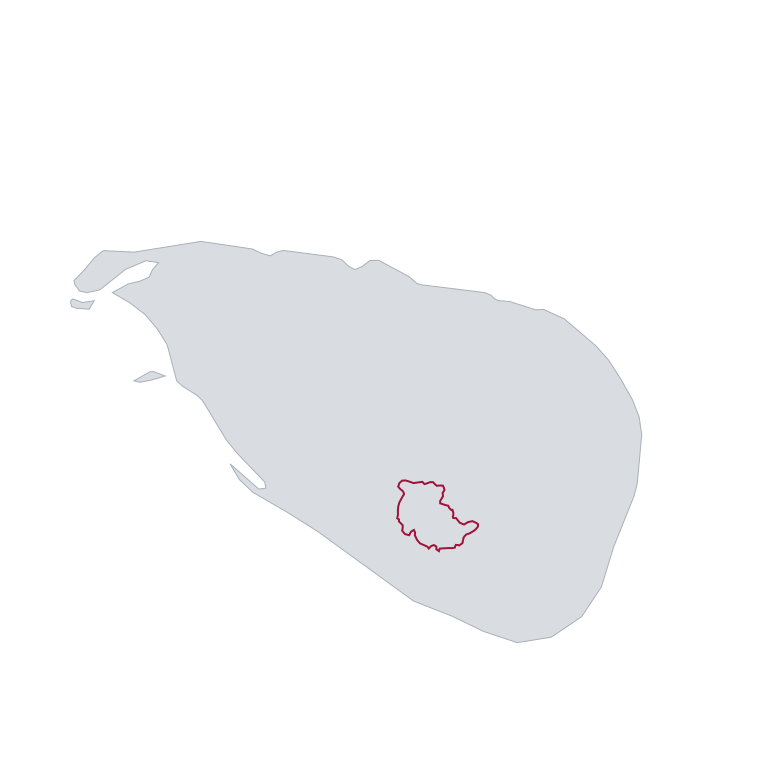 Kægalla highlighted on a map of Sri Lanka, rotated 311°
{"feature_id": "LKA-2469", "entity_name": "Kægalla", "entity_type": "District", "adm_level": 1, "iso_a3": "LKA", "parent_name": "Sri Lanka", "parent_adm1": "", "projection": "mercator", "projection_center": [80.358, 7.113], "detail": "fine", "context": "in_parent", "style": "outline", "palette": "rose", "viewbox_px": 768, "rotation_deg": 311, "n_neighbors": 0, "source": "natural_earth", "source_scale": "10m", "svg_char_len": 2391}
<svg xmlns="http://www.w3.org/2000/svg" viewBox="0 0 768 768"><g transform="rotate(311 384 384)"><path d="M258.6,82.2L273.5,83.0L289.4,82.6L300.5,84.7L319.6,108.9L371.4,152.2L399.6,196.2L402.2,205.8L406.1,214.1L412.9,216.4L418.6,220.2L446.8,262.6L450.1,271.0L449.6,280.2L451.3,287.1L458.6,290.5L467.8,292.3L473.8,298.7L481.5,332.5L481.5,343.0L483.6,347.5L519.1,400.1L521.2,406.5L520.8,411.3L521.8,415.4L528.7,424.7L539.4,449.7L544.9,455.4L551.4,477.2L551.8,519.0L549.4,537.6L542.8,560.2L534.9,582.3L526.4,598.3L514.8,611.8L474.9,640.5L463.5,646.2L411.7,664.2L373.4,681.2L338.1,685.8L302.8,676.4L276.1,654.1L262.5,621.2L253.2,587.0L239.6,548.8L229.2,430.9L224.2,397.9L216.2,355.9L217.0,337.6L222.7,320.1L222.6,358.5L227.9,363.2L231.8,358.3L235.4,318.6L238.3,301.8L252.4,258.0L252.7,250.2L250.2,233.7L250.4,225.4L271.4,194.6L276.8,176.7L279.7,158.4L278.5,138.6L274.7,119.0L291.7,125.3L301.1,132.1L310.6,136.7L318.3,134.3L327.7,134.2L321.0,123.6L301.2,113.8L268.5,107.7L258.2,100.0L254.3,93.2L256.3,85.3L258.6,82.2ZM242.0,201.7L246.5,213.6L233.7,205.4L225.3,198.7L222.3,193.2L239.7,199.3L242.0,201.7ZM256.7,110.7L247.0,112.4L239.3,102.0L237.5,97.6L239.5,94.5L241.6,92.9L244.1,93.4L247.7,103.1L256.7,110.7Z" fill="#d9dde1" stroke="#a8b0b8" stroke-width="1"/><path d="M307.0,544.8L304.6,542.9L302.7,540.5L296.3,534.0L293.9,535.1L293.8,533.5L293.6,532.0L295.7,530.1L295.2,527.3L292.5,525.9L289.2,525.7L289.6,524.4L289.6,523.0L287.3,515.6L288.1,511.0L290.1,506.5L292.3,504.9L293.5,502.3L290.2,501.3L286.4,502.2L284.5,498.3L285.2,493.9L287.6,492.6L289.7,490.7L290.1,485.4L291.6,484.2L291.3,482.1L294.5,480.3L297.7,477.4L301.1,475.0L304.7,473.3L312.3,471.6L313.9,471.5L315.0,470.0L315.5,468.2L315.4,465.0L315.9,462.0L319.3,460.6L323.0,461.1L325.3,463.5L326.7,466.5L328.6,471.3L335.3,477.1L335.0,480.2L336.3,481.1L340.3,483.3L342.1,485.5L341.8,488.3L341.8,490.6L344.1,492.8L345.9,495.1L345.0,497.2L343.8,499.1L342.1,499.5L340.4,499.6L338.0,502.2L332.6,503.1L330.8,504.7L333.2,510.4L334.3,512.3L333.2,514.7L333.1,517.8L333.3,518.3L333.8,518.4L332.5,520.6L330.3,522.5L329.1,522.9L328.3,524.1L329.1,525.3L330.1,526.3L329.0,532.1L330.4,536.6L334.9,538.0L338.5,540.7L339.7,544.8L339.9,546.9L338.1,548.4L335.0,548.6L332.0,548.1L327.7,546.7L324.4,544.8L322.0,544.7L320.1,544.9L315.4,547.6L311.5,546.7L310.8,545.2L309.7,543.8L308.1,544.2L307.0,544.8Z" fill="none" stroke="#9f1239" stroke-width="2"/></g></svg>